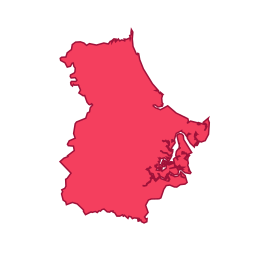 outline of Marcovia, Choluteca, Honduras, rotated 166°
{"feature_id": "27666195B6766243724539", "entity_name": "Marcovia", "entity_type": "district", "adm_level": 2, "iso_a3": "HND", "parent_name": "Honduras", "parent_adm1": "Choluteca", "projection": "albers", "projection_center": [-87.416, 13.249], "detail": "fine", "context": "isolated", "style": "filled", "palette": "rose", "viewbox_px": 256, "rotation_deg": 166, "n_neighbors": 0, "source": "geoboundaries", "source_scale": "gbopen_adm2", "svg_char_len": 5625}
<svg xmlns="http://www.w3.org/2000/svg" viewBox="0 0 256 256"><g transform="rotate(166 128 128)"><path d="M135.4,32.0L132.4,32.5L131.4,35.5L132.6,35.4L133.5,37.7L128.9,41.2L129.6,48.7L125.6,53.2L122.6,53.5L115.0,51.8L113.0,52.2L108.1,59.9L104.8,62.9L101.2,62.5L97.3,59.6L94.9,58.9L91.0,60.4L86.2,59.8L83.8,60.9L84.1,67.9L87.3,72.8L88.5,71.4L87.6,70.1L88.0,68.4L85.0,65.7L88.2,68.0L87.8,69.9L88.5,70.8L91.3,69.2L94.4,69.4L97.1,71.8L98.2,71.4L97.2,72.3L99.1,73.8L101.0,72.3L99.8,68.3L101.3,66.6L102.1,66.9L100.3,68.2L101.3,71.2L102.8,69.3L104.5,68.9L104.2,68.2L108.2,70.8L109.1,72.5L113.9,69.7L114.1,70.6L115.4,70.7L114.7,70.9L115.2,72.9L116.3,73.2L116.9,74.1L115.7,73.3L115.4,74.6L116.9,74.4L119.4,70.3L123.3,69.1L123.3,68.3L124.2,67.7L126.5,67.8L127.8,68.7L125.5,67.8L123.7,68.2L123.3,69.5L118.7,71.5L118.0,73.0L118.8,74.7L118.0,73.5L116.9,75.2L115.1,75.0L117.8,77.8L118.2,81.5L119.9,83.1L119.4,84.0L117.3,83.8L116.0,85.0L115.5,84.0L119.7,83.3L117.8,82.1L117.2,78.1L116.6,77.7L115.5,78.8L116.2,77.6L114.7,77.4L114.3,73.0L113.1,71.3L109.1,73.5L109.3,75.6L110.3,76.9L108.9,76.0L108.4,73.3L104.4,70.1L103.0,71.0L103.4,72.4L103.0,71.3L101.6,73.6L98.3,74.7L98.0,75.5L94.5,71.4L90.7,71.2L89.3,74.1L90.4,78.2L97.8,78.6L91.8,78.7L91.8,83.0L97.1,82.2L99.7,83.6L100.7,79.7L105.4,77.8L106.2,78.6L106.9,82.2L107.9,81.5L107.9,79.2L110.7,80.3L109.5,82.4L111.1,83.9L110.8,85.2L108.7,85.1L108.5,86.5L108.6,84.9L110.5,83.8L108.5,81.5L107.3,82.6L106.0,82.3L105.4,79.0L104.2,82.2L102.0,81.7L101.2,82.8L101.5,85.2L103.6,83.1L105.4,84.7L106.8,84.4L106.1,87.4L107.1,88.6L105.4,87.4L104.7,88.5L105.2,90.7L104.4,89.9L104.1,91.2L103.0,90.2L100.0,90.4L96.5,85.9L94.4,88.2L96.9,88.9L97.4,90.2L94.1,88.3L92.4,90.3L94.9,91.0L96.2,93.8L100.1,95.6L101.1,97.5L102.5,97.9L101.1,97.7L99.7,95.6L96.3,94.5L95.0,91.8L94.0,91.3L92.0,91.6L90.4,94.0L89.5,96.8L91.1,95.1L92.3,95.3L93.5,96.4L94.6,100.8L95.7,100.5L94.8,101.3L94.1,100.5L92.2,102.4L94.6,106.4L96.7,106.2L97.9,107.7L95.8,106.4L94.3,106.9L92.2,103.1L91.7,104.0L92.5,106.6L91.3,104.5L92.0,101.5L93.8,100.2L91.9,95.8L90.6,98.1L85.9,102.2L85.8,104.5L88.7,103.9L88.1,106.5L87.7,104.8L86.2,104.9L82.5,111.1L76.6,112.5L76.8,111.6L74.4,109.2L73.0,105.3L72.4,106.7L70.3,108.2L69.1,107.2L71.8,106.8L72.9,103.6L71.2,98.1L68.3,93.6L67.5,95.6L63.5,98.4L64.9,101.1L66.4,100.6L65.1,101.5L65.6,103.4L64.7,105.9L62.5,105.5L63.5,106.5L63.6,107.1L63.2,107.6L62.4,105.2L63.7,104.2L64.6,105.4L65.2,103.4L63.0,98.2L67.1,94.7L65.0,94.4L61.9,97.8L60.3,96.7L56.1,97.1L51.4,102.4L47.8,113.6L48.3,117.1L47.6,118.2L53.6,115.3L51.9,112.8L51.9,114.2L50.8,111.8L52.1,110.6L51.2,110.1L53.6,107.4L54.5,107.1L51.5,110.1L52.4,110.5L51.4,112.0L57.8,115.9L57.5,114.0L59.1,114.2L59.6,115.0L58.5,115.8L65.6,119.6L69.5,118.2L67.6,120.2L67.7,122.5L77.6,130.8L84.1,139.9L92.1,137.9L96.4,140.9L98.2,143.2L98.0,144.0L96.1,143.9L93.7,141.1L89.7,140.9L89.9,142.1L88.8,141.8L88.2,143.2L88.8,144.3L88.1,148.8L86.6,151.3L87.1,152.1L86.0,152.2L88.5,155.6L88.2,153.8L88.9,153.9L90.4,157.5L91.4,157.2L92.1,157.7L90.2,157.6L89.1,156.2L93.6,165.0L98.8,181.6L100.1,191.4L99.7,197.5L100.5,198.1L101.3,197.0L102.0,197.8L103.4,205.9L102.3,213.3L100.1,219.9L100.9,222.7L102.2,219.3L101.3,218.0L104.0,217.3L103.8,214.7L104.5,213.5L104.5,215.0L107.9,214.3L110.1,215.2L109.8,212.7L110.2,213.6L112.9,215.0L115.0,214.5L115.8,216.7L119.2,214.6L119.5,215.8L118.1,217.1L120.1,217.9L121.9,217.0L121.2,216.6L122.9,214.9L122.5,216.3L124.2,216.4L126.8,214.3L130.9,216.3L138.5,216.1L145.0,219.2L148.2,218.2L150.2,221.1L153.3,223.1L158.1,224.0L161.9,222.4L163.9,217.8L168.8,215.7L171.1,211.9L175.3,212.7L176.9,212.0L177.0,209.8L173.4,206.6L172.2,201.8L168.9,201.8L166.5,204.4L165.4,204.3L165.6,201.1L164.7,198.9L165.8,195.5L166.8,194.4L170.9,193.4L171.6,192.0L171.1,190.3L167.0,189.6L165.9,186.8L167.4,185.8L171.7,186.9L172.7,185.8L172.8,183.7L171.7,182.1L170.3,183.6L169.5,182.5L165.7,181.7L164.9,176.3L167.2,173.9L163.7,170.1L162.2,170.0L161.5,163.0L160.3,160.4L159.3,159.7L157.4,160.3L156.8,158.9L159.7,156.8L161.4,153.0L163.8,152.3L166.6,147.7L176.5,146.3L178.2,144.9L182.1,135.8L181.7,130.9L188.1,129.8L190.7,126.9L190.2,125.3L185.3,123.6L185.6,119.1L193.4,115.7L193.1,114.8L197.6,114.2L202.1,111.8L194.2,98.0L199.2,93.8L200.9,93.3L202.3,86.5L204.0,84.7L207.2,84.1L206.8,82.0L208.4,80.2L208.4,73.8L206.3,71.4L206.3,68.5L199.9,69.2L195.6,66.6L191.0,59.3L191.4,57.8L190.2,54.2L184.1,55.5L183.2,54.8L179.9,54.9L178.3,53.4L176.0,54.7L174.8,54.0L173.2,55.1L170.9,55.2L168.5,51.7L166.0,50.8L165.1,51.5L162.7,51.0L163.1,50.3L161.3,48.8L160.1,45.2L157.3,44.5L154.3,45.1L153.7,44.2L154.3,43.2L152.6,44.2L149.9,40.3L148.5,42.1L146.6,41.1L145.7,39.0L143.8,39.3L140.5,38.1L140.6,36.7L139.6,36.4L139.1,37.3L138.7,36.5L141.3,35.1L137.6,35.3L137.6,33.9L135.4,32.0ZM78.5,72.2L79.1,77.5L78.0,79.2L77.8,82.7L76.7,85.1L74.9,86.5L75.7,87.4L79.4,85.0L79.0,82.9L80.7,84.7L77.5,87.1L77.6,89.1L81.9,89.9L81.5,91.3L80.7,92.4L81.3,90.3L78.9,91.5L80.3,90.5L77.5,89.4L77.1,87.7L72.1,88.7L76.7,103.3L76.2,107.1L77.2,109.1L79.6,110.0L81.4,109.6L82.4,108.2L82.5,100.5L81.9,100.5L83.1,96.6L81.6,95.9L83.2,96.0L83.7,94.9L83.6,96.0L86.7,93.6L88.3,90.0L87.5,88.3L85.0,88.6L84.6,88.1L87.6,87.7L87.3,84.6L88.5,88.3L91.4,86.8L91.5,80.8L89.6,78.2L86.2,79.6L89.3,77.9L89.4,75.2L85.3,74.8L87.7,76.6L87.7,77.7L87.1,78.4L85.7,77.0L83.3,76.3L84.3,76.0L87.4,77.8L87.3,76.7L85.0,75.1L85.7,73.8L83.6,70.9L78.8,68.7L77.7,69.5L78.4,71.3L79.3,71.6L79.3,72.4L78.5,72.2ZM94.6,85.0L96.7,84.5L98.5,85.6L99.2,85.0L99.9,85.9L98.8,86.3L100.5,87.7L100.9,86.7L101.5,87.0L101.4,88.7L103.9,85.6L103.3,84.8L101.4,85.5L100.6,83.7L98.0,84.2L96.4,83.1L92.6,84.1L94.6,85.0Z" fill="#f43f5e" stroke="#9f1239" stroke-width="1.5"/></g></svg>